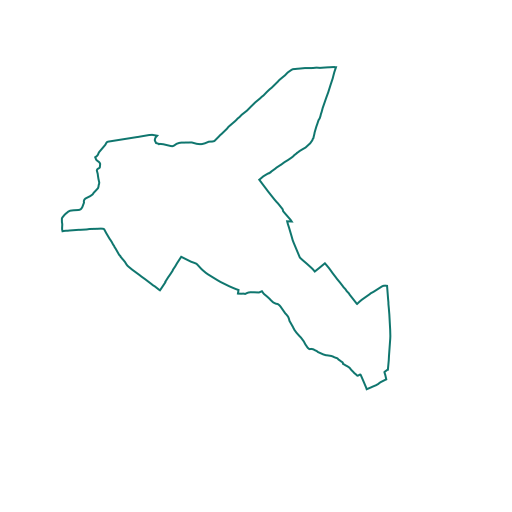 Bang Kapi, Bangkok Metropolis, Thailand, rotated 152°
{"feature_id": "78962969B79450703987233", "entity_name": "Bang Kapi", "entity_type": "district", "adm_level": 2, "iso_a3": "THA", "parent_name": "Thailand", "parent_adm1": "Bangkok Metropolis", "projection": "orthographic", "projection_center": [100.64, 13.779], "detail": "fine", "context": "isolated", "style": "outline", "palette": "teal", "viewbox_px": 512, "rotation_deg": 152, "n_neighbors": 0, "source": "geoboundaries", "source_scale": "gbopen_adm2", "svg_char_len": 6103}
<svg xmlns="http://www.w3.org/2000/svg" viewBox="0 0 512 512"><g transform="rotate(152 256 256)"><path d="M356.9,270.8L355.5,271.5L348.8,275.1L348.2,275.5L348.2,275.8L342.9,278.8L342.6,278.9L340.1,280.2L339.7,280.4L336.3,282.3L335.9,282.8L332.3,284.7L329.1,286.7L322.4,290.4L319.5,286.3L316.0,281.4L313.7,278.9L312.6,277.6L312.2,277.0L311.9,276.2L311.5,274.7L310.4,270.5L309.8,268.7L308.8,266.2L308.3,264.9L307.1,262.5L304.3,257.7L301.3,252.6L299.5,249.7L293.8,241.8L291.0,238.3L289.0,235.9L287.4,234.2L289.6,231.3L289.2,231.0L288.4,230.6L286.9,229.7L284.6,228.6L283.4,227.6L281.2,227.5L279.8,227.3L277.4,226.4L277.0,226.1L274.6,224.8L271.9,223.2L270.5,222.4L269.6,222.3L267.3,222.1L267.0,219.7L266.7,218.5L265.6,215.9L264.8,213.8L264.0,211.5L263.8,210.5L262.7,207.2L261.8,205.8L260.7,204.4L259.7,203.7L259.3,203.3L258.5,201.6L258.1,199.9L257.1,191.6L256.7,190.3L256.4,188.8L256.2,187.6L256.2,186.7L256.4,185.0L256.9,183.0L256.9,182.4L256.8,180.0L256.8,179.5L256.7,175.6L256.8,174.8L256.7,174.1L256.8,173.0L256.3,169.4L255.3,165.2L254.6,162.8L253.9,158.2L253.9,154.6L253.7,153.2L253.6,151.9L253.4,150.6L253.1,149.9L252.9,149.3L252.5,148.7L252.2,148.5L251.8,148.4L251.4,148.2L250.8,148.0L250.1,147.5L250.0,147.3L249.6,147.0L249.3,146.8L249.0,146.4L248.9,146.3L248.8,146.0L248.2,145.1L247.6,144.4L247.3,143.9L246.8,143.2L246.4,142.1L245.2,140.6L243.1,137.9L242.8,137.5L242.0,136.7L240.9,135.6L239.8,134.9L237.4,133.1L236.5,132.4L235.9,131.8L235.5,131.3L235.3,131.2L234.9,130.5L233.5,128.8L232.7,128.1L232.1,127.2L231.7,125.6L231.3,125.1L230.7,123.7L230.2,122.7L230.0,122.4L229.5,121.4L229.5,121.2L229.5,120.8L229.6,120.5L229.8,120.1L229.8,119.8L228.9,118.6L228.4,117.6L227.1,115.7L226.3,114.3L225.8,113.1L225.6,112.2L225.6,111.7L225.2,110.1L224.5,107.9L224.3,106.9L223.9,105.8L223.4,104.7L222.8,102.9L222.5,102.6L222.1,102.5L219.8,102.5L219.6,102.4L219.4,102.0L219.5,100.1L220.1,92.9L220.3,90.8L220.5,88.3L220.8,86.4L216.2,86.0L214.4,85.9L210.2,85.5L209.6,85.6L208.1,85.6L206.9,85.9L205.2,86.1L200.4,86.0L199.4,86.0L199.3,85.9L198.9,85.9L198.5,87.3L197.7,90.3L197.3,92.5L197.1,93.2L197.0,93.3L193.6,93.8L192.9,94.0L192.8,93.9L187.8,101.5L185.4,105.5L176.4,119.8L175.0,122.2L172.2,127.8L165.8,141.6L163.3,147.4L161.6,151.5L160.9,152.8L159.7,155.7L154.3,168.1L155.7,169.1L156.4,169.4L157.6,169.9L159.1,170.0L169.1,169.2L172.3,169.2L173.5,168.9L183.1,167.7L186.0,167.1L189.3,166.2L189.4,166.4L191.5,178.1L191.5,179.3L192.4,182.4L192.6,184.6L193.4,187.5L193.5,188.5L194.3,193.2L195.3,198.0L195.5,199.5L196.4,204.8L196.9,208.7L197.3,211.3L198.1,215.1L198.6,217.2L206.0,215.7L211.4,214.7L212.0,217.5L212.6,219.4L214.7,225.2L216.9,230.8L217.8,233.4L218.0,234.1L216.5,250.2L216.2,252.7L215.3,256.8L213.5,265.6L212.9,269.1L212.2,272.0L208.3,269.7L208.5,271.7L210.4,280.0L211.0,282.8L210.6,284.4L210.6,285.2L211.9,292.1L212.5,294.2L213.2,297.3L215.1,307.7L215.5,310.4L215.8,312.2L216.6,317.2L217.3,321.8L216.7,321.9L212.2,322.9L208.7,323.1L206.1,323.2L205.9,322.9L203.8,323.0L203.6,323.1L203.6,323.3L197.7,324.1L196.6,324.4L189.9,325.0L188.1,325.3L186.6,325.5L182.7,325.7L178.3,326.2L176.1,326.6L175.2,327.0L171.6,327.6L171.4,327.8L169.8,327.9L168.4,328.2L164.9,328.4L161.3,328.5L155.6,330.0L155.3,330.0L155.0,330.2L154.8,330.3L152.0,331.7L150.9,332.7L150.0,333.1L149.1,334.2L147.4,336.1L146.1,337.7L142.0,341.9L139.6,344.1L137.1,346.5L136.8,346.7L135.2,347.6L133.5,349.2L131.9,351.0L130.5,352.3L127.6,355.4L119.2,363.2L115.5,366.5L109.4,372.5L104.9,376.8L103.0,378.9L100.5,381.6L96.8,385.1L97.8,385.6L97.9,385.9L99.6,386.8L101.8,387.8L104.3,389.0L108.1,390.7L109.5,391.3L111.3,392.1L114.1,393.9L117.6,395.3L122.9,398.1L123.3,398.3L124.9,399.1L129.5,401.0L131.8,402.0L133.6,402.7L134.9,403.3L135.7,403.6L136.8,403.7L138.0,403.6L141.4,403.2L142.6,402.9L145.6,401.9L147.7,401.5L152.1,400.6L153.6,400.2L154.5,399.8L163.3,397.2L165.6,396.8L169.2,395.8L174.1,394.2L176.1,393.9L178.2,393.3L184.5,392.0L189.2,390.6L190.0,390.4L191.2,390.0L195.7,388.6L202.4,387.4L205.4,386.4L207.7,386.0L209.3,385.4L211.1,384.9L219.6,383.0L221.9,382.0L227.8,380.3L228.4,380.1L231.5,379.4L232.1,379.1L238.6,377.1L239.1,377.1L240.9,377.6L243.8,379.0L244.2,379.1L248.3,379.5L250.8,380.1L251.9,380.5L253.2,381.2L255.7,382.9L259.4,386.4L263.9,388.7L267.6,390.6L268.8,391.2L270.7,391.9L273.2,392.3L273.6,392.3L275.5,392.1L276.1,392.0L277.2,392.0L278.3,392.2L278.9,392.6L279.6,393.1L285.4,398.2L288.2,400.1L289.2,400.3L289.3,400.7L290.5,402.0L291.2,402.6L291.1,405.3L291.0,405.7L290.7,406.2L289.9,407.1L289.1,407.7L288.3,408.1L287.3,408.4L286.8,408.6L290.5,411.5L291.4,412.0L293.6,413.0L302.4,415.9L304.3,416.5L305.3,416.9L332.9,426.4L334.2,426.5L334.9,426.2L336.9,424.9L344.7,421.8L345.5,421.5L346.8,420.7L347.9,419.7L348.8,419.3L349.8,418.9L351.6,418.7L351.9,416.2L351.7,415.3L351.0,413.7L350.6,412.9L350.4,412.3L350.3,411.7L350.3,411.0L350.4,410.4L352.0,408.0L352.4,407.5L352.9,407.3L354.9,407.2L355.3,407.1L355.8,406.8L356.4,406.2L357.2,402.8L357.9,401.0L358.9,398.1L359.9,394.5L360.8,393.2L361.5,392.6L362.5,391.2L363.4,390.3L363.8,390.0L367.8,388.6L369.4,388.1L370.2,387.7L371.3,387.1L372.7,386.9L374.4,386.7L378.5,386.8L379.7,386.8L380.0,386.7L380.9,386.4L381.5,386.0L382.3,385.2L382.8,383.9L386.3,380.8L387.3,380.2L388.1,379.8L388.8,379.6L389.5,379.6L390.4,379.7L391.9,380.3L395.8,382.1L398.7,383.2L399.4,383.3L401.1,383.3L402.3,383.0L403.1,382.9L405.2,382.4L406.3,382.0L407.5,381.5L408.9,380.9L409.5,380.5L410.0,379.9L411.5,376.9L411.8,375.9L412.3,374.7L414.1,371.7L414.7,370.5L415.2,368.7L413.3,368.1L411.9,367.5L409.9,366.5L409.0,366.2L399.9,362.2L399.3,361.8L394.3,359.5L393.0,358.9L390.6,358.1L388.9,357.3L383.1,354.4L380.1,353.0L378.2,351.8L377.7,351.2L377.5,350.8L377.5,350.5L377.5,346.7L377.2,340.0L377.0,338.5L376.8,336.3L376.8,335.0L376.8,333.0L376.6,331.9L376.6,331.3L376.7,330.0L376.6,329.4L376.5,328.6L376.3,321.4L376.1,320.5L375.9,320.2L375.8,319.5L375.9,319.4L375.9,318.5L375.7,318.2L375.4,316.4L375.1,315.3L374.5,312.3L374.3,309.2L374.0,307.6L373.3,305.8L371.8,302.2L367.8,293.9L366.8,291.6L364.8,287.6L361.5,280.4L360.7,278.5L359.6,276.7L357.5,271.9L356.9,270.8Z" fill="none" stroke="#0f766e" stroke-width="2"/></g></svg>